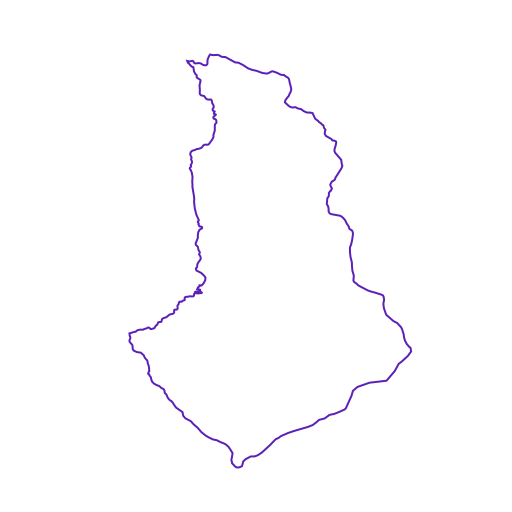 San Pablo, Nariño, Colombia, rotated 81°
{"feature_id": "7082276B83182105185370", "entity_name": "San Pablo", "entity_type": "district", "adm_level": 2, "iso_a3": "COL", "parent_name": "Colombia", "parent_adm1": "Nariño", "projection": "robinson", "projection_center": [-77.0, 1.679], "detail": "fine", "context": "isolated", "style": "outline", "palette": "violet", "viewbox_px": 512, "rotation_deg": 81, "n_neighbors": 0, "source": "geoboundaries", "source_scale": "gbopen_adm2", "svg_char_len": 6086}
<svg xmlns="http://www.w3.org/2000/svg" viewBox="0 0 512 512"><g transform="rotate(81 256 256)"><path d="M155.1,159.4L154.2,160.9L153.8,162.5L152.8,162.9L152.0,163.6L148.4,168.1L146.7,168.8L145.6,169.0L142.1,167.7L140.0,168.8L137.8,169.0L137.0,169.4L136.8,169.9L134.8,171.4L133.7,172.7L132.6,173.3L129.6,176.1L123.7,177.8L122.9,179.9L122.2,183.4L121.6,184.4L120.1,186.5L118.0,188.5L116.9,191.4L115.5,193.3L115.1,194.3L115.1,196.5L114.7,197.7L113.8,199.2L112.5,200.5L108.8,203.4L108.3,203.4L106.7,202.5L105.1,201.0L103.0,198.6L100.5,197.1L99.5,196.2L97.1,195.1L93.6,195.2L90.4,195.6L86.8,195.7L85.3,196.2L82.4,199.5L81.6,200.0L81.1,202.5L80.5,203.6L78.4,206.5L76.4,210.1L76.1,211.1L76.4,212.5L77.2,214.7L77.5,216.2L77.5,216.9L76.2,221.1L73.2,226.5L71.3,231.2L69.4,234.5L65.3,239.0L62.6,242.7L62.0,244.1L61.6,246.2L54.7,255.1L54.0,258.4L53.6,259.2L52.2,260.7L51.3,262.7L51.0,266.5L50.4,268.5L49.8,269.7L51.3,271.2L53.8,272.7L54.7,273.2L58.4,273.9L59.0,274.2L59.5,274.8L59.8,275.6L59.7,276.6L58.9,278.5L57.6,279.9L56.9,281.0L56.5,282.4L56.3,286.0L55.4,287.0L54.0,287.4L53.3,288.2L53.4,291.3L52.6,293.4L54.5,293.0L55.7,292.0L58.3,290.3L59.1,289.5L59.4,288.7L59.9,288.3L63.9,288.4L66.5,287.5L68.2,286.3L70.3,286.6L71.3,285.8L72.4,284.4L73.4,283.4L74.4,283.4L78.7,285.1L83.7,285.5L86.0,286.1L87.5,286.0L88.7,285.1L89.9,282.2L92.5,280.9L93.6,279.8L94.1,278.6L94.3,276.3L94.5,275.9L95.4,275.4L98.4,275.3L99.6,274.7L101.9,274.3L102.8,274.7L104.1,275.9L105.1,276.0L106.0,275.5L106.6,274.3L106.8,274.2L108.1,275.2L108.8,275.4L109.1,275.2L109.6,273.9L110.2,273.6L110.7,274.0L111.3,275.5L112.1,276.3L112.5,276.5L113.3,276.4L113.9,276.0L114.3,275.0L114.8,274.4L115.7,274.1L116.8,274.0L118.2,274.3L119.4,275.7L120.3,276.2L125.7,277.1L129.7,279.1L131.7,279.4L132.4,279.7L134.3,281.2L138.0,284.9L138.4,285.5L138.5,286.9L138.1,288.2L138.1,289.6L138.5,290.7L140.3,292.5L140.9,294.0L141.2,296.6L141.1,297.9L141.7,299.6L142.0,302.1L142.5,303.3L143.3,304.2L144.9,305.0L146.5,304.9L148.6,304.2L150.3,305.0L152.3,304.5L153.4,304.5L154.8,305.2L155.9,306.2L157.5,306.1L158.5,307.4L159.1,307.7L159.6,307.7L160.9,307.0L163.6,306.4L167.5,306.3L168.9,306.5L172.2,307.3L175.8,307.6L177.7,308.0L187.8,307.9L190.8,308.2L192.7,308.7L199.6,309.0L206.0,308.4L211.5,306.9L212.2,307.1L212.9,308.1L213.6,308.1L214.9,307.5L216.1,307.9L217.1,307.3L217.8,307.3L218.6,305.2L218.9,304.9L219.7,304.8L220.1,304.9L220.3,305.2L221.2,307.5L223.2,309.2L225.5,310.0L229.0,310.6L234.2,313.7L235.7,313.6L237.3,312.3L238.0,312.0L241.4,311.8L243.0,311.0L244.2,311.1L245.2,311.9L245.6,311.9L246.4,311.7L247.5,311.0L249.7,310.9L251.0,311.6L252.4,313.1L254.3,314.8L255.6,315.4L257.4,315.8L258.4,316.5L258.8,317.3L259.8,317.4L261.1,317.0L264.2,312.7L267.5,310.2L269.4,309.3L271.9,309.9L274.5,311.8L275.9,313.4L276.5,314.2L276.2,315.9L276.7,315.7L276.9,316.7L277.7,317.5L277.8,318.1L279.5,319.2L280.2,317.2L280.6,316.5L281.0,316.4L281.5,317.0L282.0,318.0L281.7,320.9L282.1,321.8L282.4,321.7L282.8,320.5L282.8,317.3L283.0,315.9L283.6,315.3L284.1,315.6L283.9,318.9L283.2,322.2L283.3,322.6L283.8,323.1L285.2,323.4L285.9,324.0L286.0,325.2L285.4,327.8L285.6,329.6L285.4,331.2L285.5,332.3L286.4,333.1L288.1,333.2L288.5,333.6L288.8,335.8L289.5,336.5L289.5,336.9L289.2,338.5L289.3,338.9L290.5,339.7L291.2,339.8L292.9,341.4L295.1,341.5L296.1,341.9L296.5,342.6L296.3,344.8L296.7,345.3L299.0,345.7L299.7,346.2L300.1,347.5L300.3,350.5L302.3,353.9L302.6,354.9L302.8,356.7L303.4,358.4L304.2,359.0L306.0,359.6L306.2,359.9L306.1,362.6L306.4,363.1L308.4,364.3L309.3,366.0L311.2,367.5L311.5,368.1L311.8,371.1L311.6,371.6L309.9,372.9L309.8,373.7L310.4,375.7L310.6,377.8L311.0,378.6L311.1,379.2L310.6,382.2L310.7,384.1L311.1,385.4L311.9,386.6L312.1,389.4L312.5,391.8L312.6,393.1L315.0,393.2L316.2,392.9L317.3,392.9L317.7,393.0L319.3,394.1L320.2,394.3L321.3,394.1L324.1,392.3L324.9,392.0L328.6,392.3L330.2,391.7L332.2,388.8L333.5,384.8L336.7,382.3L338.6,381.9L339.7,381.4L341.8,380.0L343.2,379.6L345.2,379.7L347.3,379.2L349.9,379.1L353.2,379.5L354.0,380.4L355.3,380.9L355.6,380.8L356.2,380.0L357.1,380.0L359.7,378.7L361.9,378.8L362.9,378.4L363.9,378.3L365.0,377.4L365.8,377.0L367.5,375.0L369.4,371.8L371.4,370.3L372.9,368.2L374.3,367.5L377.1,367.5L378.7,366.2L381.9,365.4L383.4,364.7L385.1,363.5L386.1,362.2L386.9,361.9L388.0,361.0L389.8,360.4L393.3,358.6L398.7,353.0L402.3,352.9L405.2,351.2L409.0,346.2L412.4,344.0L416.7,340.4L421.7,337.3L425.4,333.9L428.2,330.5L430.5,327.1L431.9,323.4L434.2,320.3L436.2,316.9L437.4,315.3L440.0,313.1L442.9,311.7L447.1,310.0L450.3,311.0L453.4,312.2L457.0,312.0L460.3,309.8L461.6,308.6L462.2,306.2L461.8,304.1L461.2,302.6L456.9,300.7L455.1,298.2L453.2,292.6L453.7,288.4L453.0,285.2L451.0,280.9L445.0,271.8L440.1,265.3L439.2,262.2L437.8,259.6L435.8,251.9L434.7,245.2L432.9,231.2L431.8,226.3L429.4,221.9L427.7,219.4L427.2,213.6L424.6,208.6L424.3,206.7L424.3,203.9L423.2,198.9L421.5,192.6L420.5,191.1L409.1,183.6L404.4,181.4L401.2,176.3L398.9,163.7L399.6,146.6L391.4,137.0L384.9,132.0L383.0,128.5L378.5,121.7L374.5,117.7L370.7,117.8L369.8,118.8L366.6,120.8L363.5,121.9L360.1,122.5L356.5,122.4L351.7,123.1L349.3,123.7L344.3,127.0L341.8,130.4L334.5,136.5L332.3,137.0L327.7,137.8L324.6,137.8L322.4,137.5L319.6,136.4L318.2,136.3L316.4,136.3L315.0,136.7L314.4,137.2L313.8,138.2L310.9,143.9L308.9,148.4L307.4,151.1L301.1,159.5L298.9,161.1L297.2,163.0L296.2,163.5L295.3,163.6L291.9,162.7L289.9,162.5L285.6,163.1L281.4,162.8L277.2,162.3L271.8,162.8L267.3,162.6L264.1,162.2L262.1,161.8L259.6,160.3L255.7,158.7L249.5,156.8L247.6,156.7L245.8,157.2L244.2,159.1L243.7,159.5L241.1,159.9L238.6,161.1L234.5,162.4L231.7,164.2L229.8,166.0L229.3,166.9L226.3,175.5L225.1,176.7L223.5,177.3L220.3,176.9L218.2,177.0L216.1,177.9L215.6,177.9L210.4,176.6L209.7,176.2L208.7,175.0L207.7,174.6L205.1,174.1L203.9,173.0L203.4,172.5L203.1,171.6L202.3,171.3L201.4,170.5L197.7,171.5L197.0,171.4L196.0,170.8L194.3,169.3L193.3,166.8L192.6,166.0L191.1,165.3L182.9,158.0L180.7,156.7L180.1,156.6L179.1,156.9L174.3,156.8L166.7,161.5L165.7,161.9L164.4,162.1L162.2,161.5L159.9,160.3L156.8,159.1L155.6,159.0L155.1,159.4Z" fill="none" stroke="#5b21b6" stroke-width="2"/></g></svg>